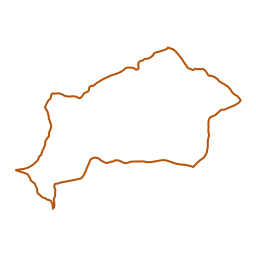 Butula, Western, Kenya
{"feature_id": "3690345B92166802171620", "entity_name": "Butula", "entity_type": "district", "adm_level": 2, "iso_a3": "KEN", "parent_name": "Kenya", "parent_adm1": "Western", "projection": "robinson", "projection_center": [34.286, 0.344], "detail": "fine", "context": "isolated", "style": "outline", "palette": "amber", "viewbox_px": 256, "rotation_deg": 0, "n_neighbors": 0, "source": "geoboundaries", "source_scale": "gbopen_adm2", "svg_char_len": 5685}
<svg xmlns="http://www.w3.org/2000/svg" viewBox="0 0 256 256"><path d="M173.2,49.2L172.6,49.2L171.9,49.0L171.3,48.5L170.6,48.5L169.6,48.3L168.8,48.0L168.1,47.5L167.4,48.1L167.0,48.6L166.2,49.3L164.5,49.9L163.5,50.2L161.9,50.8L160.8,51.2L158.2,51.8L157.6,52.0L156.9,52.2L155.2,52.7L154.3,53.2L153.7,53.9L153.3,54.6L153.1,55.3L150.2,57.6L149.5,58.0L148.5,58.4L147.7,58.6L146.6,58.7L145.5,58.8L144.8,59.0L143.9,59.5L143.0,60.2L142.2,60.7L141.5,60.9L140.6,61.0L139.8,61.4L139.0,62.1L138.7,63.0L138.1,63.8L138.2,64.7L138.5,65.7L138.5,66.8L138.4,67.9L138.4,68.6L137.9,69.2L137.1,69.5L136.4,69.6L135.6,69.5L134.6,68.7L133.9,68.1L132.8,67.8L131.7,67.7L129.6,67.6L128.6,67.6L127.6,67.6L126.7,67.8L125.7,68.2L125.0,68.7L124.5,69.2L123.7,69.8L122.8,70.5L121.9,71.2L121.1,71.7L120.3,72.1L119.3,72.5L117.9,73.2L117.1,73.4L116.2,73.8L115.0,74.2L113.5,74.7L111.6,75.3L110.8,75.6L109.4,76.3L108.4,76.7L105.9,77.9L104.1,78.7L103.1,79.2L99.9,81.0L98.7,81.8L97.2,82.6L95.6,83.9L94.3,85.1L93.6,85.7L92.8,85.8L91.7,85.8L90.9,86.0L90.1,86.5L89.5,87.1L89.2,87.8L89.0,89.6L88.7,90.5L88.2,91.1L87.5,91.8L86.4,92.3L85.3,92.6L84.6,92.9L84.0,93.4L83.4,94.2L82.8,95.3L82.1,96.3L81.2,97.2L80.4,98.0L79.7,98.2L78.9,98.1L78.2,97.8L77.4,97.3L76.5,96.8L75.7,96.6L73.8,96.4L72.9,96.2L71.8,96.2L71.0,96.4L69.9,96.6L68.7,96.6L67.6,96.3L66.5,96.2L65.3,96.0L64.6,95.8L63.9,95.5L63.3,94.9L62.6,94.5L60.9,94.0L60.2,93.6L59.5,93.4L57.7,93.4L56.6,93.4L55.3,93.6L54.2,93.6L52.7,93.5L51.6,94.2L51.3,95.4L51.0,96.2L50.9,97.3L50.6,98.3L49.9,99.1L49.2,99.6L48.6,100.3L47.5,101.9L47.0,102.7L46.7,103.5L46.3,104.5L45.8,105.4L45.4,106.3L45.1,107.1L45.3,107.9L45.7,108.9L46.5,109.9L47.1,111.0L47.6,111.8L47.8,112.6L47.9,113.5L48.7,116.1L48.8,117.0L48.7,118.6L49.1,119.5L49.8,120.5L49.9,121.9L50.4,123.0L50.8,123.8L51.1,125.1L51.2,126.4L51.1,127.4L50.8,128.3L49.9,130.6L49.5,131.7L49.0,132.7L48.8,133.8L49.0,134.8L49.1,135.7L48.7,136.5L48.2,137.2L47.6,137.7L47.1,138.4L45.9,140.4L45.3,141.4L45.2,142.5L45.2,143.6L45.1,144.7L44.4,146.5L44.0,147.5L43.6,148.5L42.7,150.3L42.2,151.7L41.7,152.8L41.6,153.6L41.4,154.7L40.6,155.4L39.9,156.0L39.2,156.8L38.8,157.5L38.5,158.5L38.0,159.7L37.4,160.6L36.8,161.3L36.2,161.8L35.5,162.4L33.7,164.2L31.7,165.6L30.6,166.3L28.8,167.2L27.0,168.0L24.6,168.7L21.6,169.2L15.4,170.1L22.0,172.2L26.6,173.8L27.5,174.3L28.7,176.0L29.1,176.7L30.1,178.2L30.8,180.5L31.3,181.1L32.1,181.5L32.9,182.0L33.6,182.7L34.9,183.8L35.2,184.7L35.4,185.5L35.9,186.4L36.3,187.1L36.7,187.9L36.9,188.8L37.1,189.8L37.3,191.8L37.6,192.8L38.0,193.7L38.8,194.2L39.6,194.7L40.4,195.6L41.4,196.4L42.1,197.1L42.8,197.5L43.6,197.7L44.4,198.0L45.6,198.5L46.9,199.5L47.6,199.7L48.3,199.9L49.2,200.1L50.8,200.8L51.3,201.7L51.9,202.9L52.5,203.8L52.6,206.2L52.8,207.5L53.1,208.5L53.9,207.7L54.3,206.3L54.4,204.6L54.3,203.3L53.9,200.6L53.8,199.3L54.0,198.5L54.5,197.7L54.8,196.7L55.0,195.2L55.2,194.0L55.1,192.9L55.2,191.5L55.3,190.4L55.3,189.6L54.8,188.5L54.5,187.6L54.3,185.7L54.9,184.1L55.8,183.8L56.8,183.7L57.7,183.6L58.9,183.1L60.6,182.6L61.4,182.4L66.7,181.4L74.4,179.9L79.0,178.9L79.9,178.7L81.0,178.4L82.3,177.1L82.9,176.4L83.8,174.8L84.3,173.9L84.8,172.9L86.6,168.7L88.2,165.0L88.7,163.9L89.6,161.5L90.5,159.6L91.2,159.0L92.3,158.4L93.2,157.9L94.0,157.7L95.6,157.7L96.9,157.9L97.7,158.1L98.5,158.5L99.4,159.0L100.8,160.3L101.6,160.9L103.0,161.6L105.4,162.7L106.4,163.0L107.3,162.9L108.5,162.6L109.7,162.2L110.6,161.8L112.1,161.6L112.9,161.6L113.5,161.3L114.3,160.7L115.0,160.3L115.9,160.3L117.3,160.3L118.6,160.5L119.6,160.8L120.6,161.2L121.8,161.8L122.6,162.2L123.2,162.6L125.7,163.1L126.7,163.1L128.1,162.7L129.9,162.0L130.9,161.7L131.6,161.6L135.9,161.5L143.4,161.4L144.1,161.5L145.2,161.7L146.3,162.0L147.5,162.1L149.7,162.1L150.5,162.1L151.5,162.0L153.8,161.6L157.9,160.9L159.9,160.5L162.1,160.2L164.1,160.1L165.0,160.2L166.5,160.5L169.0,161.3L170.9,161.9L173.5,162.8L175.6,163.6L178.7,164.2L180.0,164.4L183.3,164.7L185.0,164.8L185.8,164.9L187.0,165.2L189.0,165.7L191.0,166.2L192.3,166.7L193.2,167.0L196.1,163.9L196.9,163.1L197.7,162.3L198.3,161.8L199.1,161.3L199.9,160.3L200.9,159.7L201.5,159.3L202.1,158.8L203.0,158.2L203.7,157.6L204.1,157.1L204.6,156.4L205.9,154.4L206.6,152.9L207.0,151.8L207.2,149.9L207.5,148.6L207.7,147.4L207.8,146.1L207.8,145.3L207.8,141.8L207.8,140.9L208.0,139.8L208.2,138.7L208.6,137.2L208.9,136.0L209.0,135.0L208.9,134.2L208.8,133.4L208.4,132.5L208.4,130.6L208.4,128.2L208.5,127.3L208.5,125.4L208.4,123.6L208.6,120.7L209.0,119.2L209.6,118.3L210.1,117.6L211.0,116.9L212.1,116.5L213.2,115.9L214.4,115.6L215.3,115.1L218.9,111.9L220.8,110.1L221.8,109.6L223.0,109.7L223.8,109.8L224.5,109.6L228.0,108.1L233.3,105.9L234.6,105.3L237.1,103.8L238.6,102.8L239.4,102.1L240.1,101.1L240.6,100.2L240.2,99.5L238.8,97.8L237.7,96.6L237.1,95.8L236.1,95.3L235.1,94.9L234.2,94.2L233.3,93.4L232.3,92.4L231.9,91.5L231.2,90.8L230.7,89.7L230.1,89.1L229.5,88.4L228.8,87.7L228.2,86.8L227.5,86.3L225.5,85.1L223.9,84.0L222.9,83.6L222.2,83.3L221.7,82.8L220.9,82.2L219.9,81.6L219.0,81.1L218.4,80.4L217.8,79.3L217.1,78.7L216.5,78.6L215.8,78.0L215.3,77.4L214.5,76.9L213.7,76.8L212.9,76.4L212.0,76.2L211.0,75.8L210.1,75.9L209.2,75.6L208.4,75.3L207.6,74.3L207.2,73.3L206.7,72.7L206.3,72.1L205.9,71.5L205.4,70.8L204.6,70.1L203.7,69.5L203.1,68.8L202.3,68.9L201.3,69.3L199.9,69.1L199.1,69.0L198.3,69.2L197.5,69.2L196.6,69.1L195.6,68.7L194.7,68.9L194.2,69.5L193.7,69.9L192.8,70.0L192.2,69.9L191.4,69.3L190.4,68.8L189.4,68.7L188.4,68.4L187.7,67.4L186.7,66.6L186.4,65.5L185.9,64.8L185.1,64.1L184.7,63.1L183.9,62.3L183.3,61.2L182.7,60.2L182.3,59.5L181.8,58.8L181.0,58.0L180.4,57.3L179.9,56.5L179.3,55.6L178.5,54.8L177.6,53.7L176.9,52.9L175.7,51.5L175.2,51.0L174.6,50.5L173.8,50.1L173.2,49.2Z" fill="none" stroke="#b45309" stroke-width="2"/></svg>